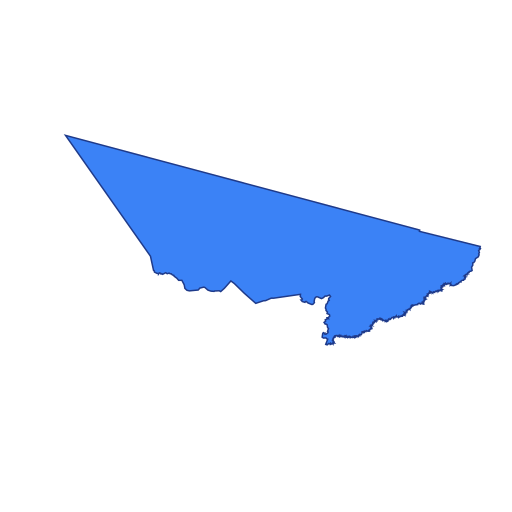 Sikongo, Western, Zambia (Robinson projection), rotated 105°
{"feature_id": "96606910B5408602862486", "entity_name": "Sikongo", "entity_type": "district", "adm_level": 2, "iso_a3": "ZMB", "parent_name": "Zambia", "parent_adm1": "Western", "projection": "robinson", "projection_center": [22.375, -15.32], "detail": "fine", "context": "isolated", "style": "filled", "palette": "blue", "viewbox_px": 512, "rotation_deg": 105, "n_neighbors": 0, "source": "geoboundaries", "source_scale": "gbopen_adm2", "svg_char_len": 5972}
<svg xmlns="http://www.w3.org/2000/svg" viewBox="0 0 512 512"><g transform="rotate(105 256 256)"><path d="M188.8,41.9L189.9,104.5L188.6,104.6L188.8,471.2L283.5,357.9L296.3,351.3L296.5,350.6L297.8,349.9L298.4,347.1L298.1,345.7L298.7,345.5L297.3,344.9L297.4,343.5L298.0,343.1L297.5,341.9L297.8,341.4L295.5,338.9L296.1,337.2L295.0,335.5L295.4,334.2L295.1,333.3L295.9,331.9L296.0,330.3L296.7,329.9L297.9,326.8L299.5,324.4L298.7,321.3L302.4,317.9L305.7,316.3L307.0,313.8L306.9,311.3L303.8,303.0L301.5,301.9L299.6,298.4L299.6,297.3L301.4,293.6L301.6,290.4L301.0,287.3L300.5,286.9L299.1,282.5L299.5,280.9L295.4,278.2L286.6,273.8L288.2,269.8L294.9,257.9L301.8,244.0L297.2,237.0L296.7,235.3L292.8,230.4L292.2,228.1L281.5,203.1L283.6,202.8L285.6,200.1L286.7,200.5L286.9,201.1L288.0,199.5L288.1,196.7L287.2,196.4L286.9,195.7L287.9,193.7L288.4,189.6L288.0,188.6L285.9,187.5L284.8,188.1L281.7,188.3L279.8,187.2L279.5,186.1L280.2,181.7L278.8,180.1L276.8,178.9L276.5,177.5L274.7,174.9L275.8,173.5L278.2,174.8L279.0,174.7L279.9,173.8L280.9,174.7L283.6,174.9L284.5,175.8L288.3,175.5L289.4,174.5L290.5,174.3L291.6,172.5L293.2,172.5L293.6,169.9L295.0,169.2L296.6,170.2L297.6,169.8L297.1,170.9L297.3,171.5L298.4,171.0L299.7,172.6L301.0,171.9L302.5,173.1L303.9,171.5L303.6,170.9L303.9,169.6L306.6,168.3L307.3,167.2L310.3,167.4L310.5,166.8L311.4,166.6L313.5,168.2L313.6,169.3L312.7,169.4L312.9,169.8L312.6,171.1L313.6,171.5L317.3,171.1L317.8,169.6L317.0,167.2L317.8,165.9L317.8,165.2L323.3,165.8L323.4,165.3L322.8,165.3L323.2,164.0L321.7,163.2L321.8,162.0L321.2,161.7L321.9,161.4L321.4,161.0L321.8,160.7L320.7,159.8L321.0,159.2L320.6,159.4L320.5,158.7L319.8,159.0L319.7,158.0L319.4,158.5L319.2,158.2L318.5,158.6L318.1,159.8L317.4,159.6L317.4,160.3L316.0,159.9L315.8,160.8L315.6,160.0L314.3,159.8L314.3,159.2L313.4,159.3L313.5,158.6L312.5,158.9L311.9,157.5L312.4,156.9L311.9,156.8L312.3,155.6L311.7,155.5L311.9,155.2L311.5,155.1L311.9,154.9L311.3,154.3L311.8,154.2L311.3,153.8L312.0,153.7L311.4,153.1L311.7,153.0L311.6,152.1L312.2,151.8L311.7,151.9L311.6,151.3L311.4,151.7L310.9,151.4L311.1,150.7L310.6,150.0L311.1,149.6L310.1,149.4L310.3,149.0L309.8,148.6L311.1,148.2L310.2,147.6L310.9,147.3L310.6,146.8L311.0,146.4L309.9,146.0L310.4,145.4L309.5,144.8L310.6,143.9L310.3,143.4L309.7,143.7L310.0,143.0L309.2,142.0L309.7,141.4L309.0,140.5L309.5,139.5L309.1,139.1L308.5,139.9L308.6,139.1L308.1,138.7L308.1,139.8L307.6,139.9L307.2,138.8L307.7,138.0L306.5,138.3L307.1,137.8L307.4,136.2L306.4,136.3L306.1,135.3L305.6,136.1L304.9,135.7L304.7,133.9L303.1,133.6L301.9,134.0L301.3,132.8L301.7,133.0L302.0,132.5L301.5,132.5L301.7,131.6L300.9,131.7L301.1,131.4L300.5,131.2L300.5,130.2L299.5,130.1L299.7,128.5L299.4,127.6L299.1,128.0L298.6,127.7L299.1,127.6L298.8,126.9L297.8,127.4L296.6,125.9L296.5,126.5L295.6,126.1L295.7,125.5L295.3,125.7L295.7,126.4L294.3,126.5L294.2,127.6L293.3,126.8L293.2,126.0L292.9,126.7L292.5,125.9L291.1,125.8L291.1,125.3L289.9,125.8L289.8,124.6L289.1,124.8L289.2,124.4L288.5,123.9L287.8,124.4L288.1,123.4L287.6,123.7L287.4,122.6L286.7,123.1L286.1,122.0L285.6,122.4L285.6,121.8L285.1,121.8L285.0,119.9L284.1,120.3L283.9,119.4L284.1,118.8L284.3,119.3L284.7,118.8L284.5,118.2L285.1,118.2L284.8,117.7L285.4,117.1L284.8,117.0L285.3,116.2L284.9,114.4L285.8,114.2L285.1,113.1L285.6,112.7L284.8,111.9L284.4,112.5L284.4,112.0L283.7,112.2L284.1,111.9L283.6,111.5L283.3,111.8L282.6,111.6L282.9,110.8L282.6,110.1L282.0,110.2L282.2,109.7L280.2,108.8L280.0,107.7L280.4,107.2L279.7,107.3L279.8,106.7L279.4,106.8L279.4,106.2L279.0,106.5L278.9,105.8L278.0,105.3L278.3,104.9L277.8,104.8L278.2,104.6L278.1,102.8L278.5,102.5L278.0,102.0L277.9,102.5L277.7,102.1L277.2,102.3L277.3,101.7L277.7,101.7L277.1,101.2L277.3,100.4L277.1,100.8L276.6,100.5L277.0,99.7L276.6,100.0L276.4,99.3L276.1,99.5L275.8,99.0L275.4,99.3L275.0,98.9L275.5,98.9L274.7,97.7L274.8,97.1L274.5,97.3L274.1,96.7L273.3,97.8L272.9,97.1L272.1,98.0L272.2,97.2L271.9,97.5L271.7,96.7L270.8,96.2L271.0,95.8L270.1,95.9L270.3,96.5L269.6,96.7L269.5,95.8L268.6,95.7L268.5,94.9L267.6,94.4L267.8,93.9L267.3,94.2L267.2,93.6L266.8,93.6L266.8,94.0L266.6,93.3L265.9,93.4L265.9,92.9L265.1,92.6L265.0,93.0L264.4,92.6L264.1,92.9L263.9,92.1L263.5,92.6L263.8,93.0L263.3,93.0L262.7,91.9L262.9,90.9L261.9,89.4L262.5,89.0L261.9,89.2L261.1,87.3L260.6,87.5L259.4,86.3L259.7,85.9L259.2,84.8L259.6,85.1L259.8,84.6L259.1,84.1L259.1,82.8L258.6,83.4L258.5,82.8L257.9,83.0L258.1,82.4L257.4,83.0L257.4,82.0L256.2,82.5L256.0,81.9L255.2,82.2L255.1,81.7L254.4,82.0L254.2,81.5L254.1,82.2L253.4,82.3L253.5,82.9L253.2,82.1L253.1,82.6L252.6,82.2L252.3,82.7L251.9,81.9L252.4,81.8L251.9,81.6L251.8,80.8L251.6,81.4L250.3,81.0L250.4,79.7L249.5,80.1L249.0,79.6L248.4,80.6L246.6,78.2L246.4,79.3L245.6,79.1L246.0,78.3L245.1,78.9L245.4,77.2L246.0,77.5L245.7,76.5L246.1,75.7L245.4,75.8L245.0,74.3L244.6,74.6L244.6,74.0L243.4,73.3L243.4,72.4L242.8,72.1L243.3,71.8L242.7,71.7L242.3,70.8L242.6,70.6L241.8,70.4L242.1,69.9L241.6,69.6L241.7,67.5L240.4,67.6L240.4,68.2L240.2,67.8L240.1,68.7L239.5,68.6L239.3,67.7L239.1,68.8L238.4,69.2L237.9,68.3L237.4,68.8L237.2,67.8L236.7,68.1L236.7,67.5L236.5,68.1L236.3,67.4L236.0,68.2L235.6,68.1L235.4,67.1L234.9,67.3L235.1,66.5L233.9,66.9L234.1,65.5L233.3,65.7L233.9,64.3L232.7,63.6L233.1,63.1L232.7,62.6L232.1,63.0L232.5,62.3L232.1,61.9L232.6,62.1L232.6,61.4L232.1,61.1L233.0,61.1L233.4,60.4L233.6,60.7L233.9,60.7L233.3,60.1L233.9,59.9L233.5,57.4L231.8,55.0L231.5,54.7L231.3,55.2L230.7,54.7L230.9,54.1L230.3,53.8L230.2,53.2L229.4,53.3L228.3,52.3L228.0,51.3L227.4,51.6L226.1,50.6L225.7,49.2L224.7,49.2L224.3,48.2L222.5,48.2L222.6,48.8L222.3,48.8L221.8,48.0L221.7,48.8L221.2,48.8L221.3,49.8L220.1,48.9L219.7,47.6L219.3,48.1L218.5,46.7L218.4,47.3L217.8,47.2L216.4,46.3L216.5,45.9L215.4,45.5L215.1,44.5L214.1,43.5L210.9,44.9L208.8,44.2L206.6,44.9L206.0,44.0L204.5,43.3L201.7,43.3L199.3,41.1L197.1,40.8L196.3,41.5L194.9,41.1L193.0,42.4L191.8,41.4L191.1,42.0L190.6,41.2L189.7,42.0L188.8,41.9Z" fill="#3b82f6" stroke="#1e3a8a" stroke-width="1.5"/></g></svg>